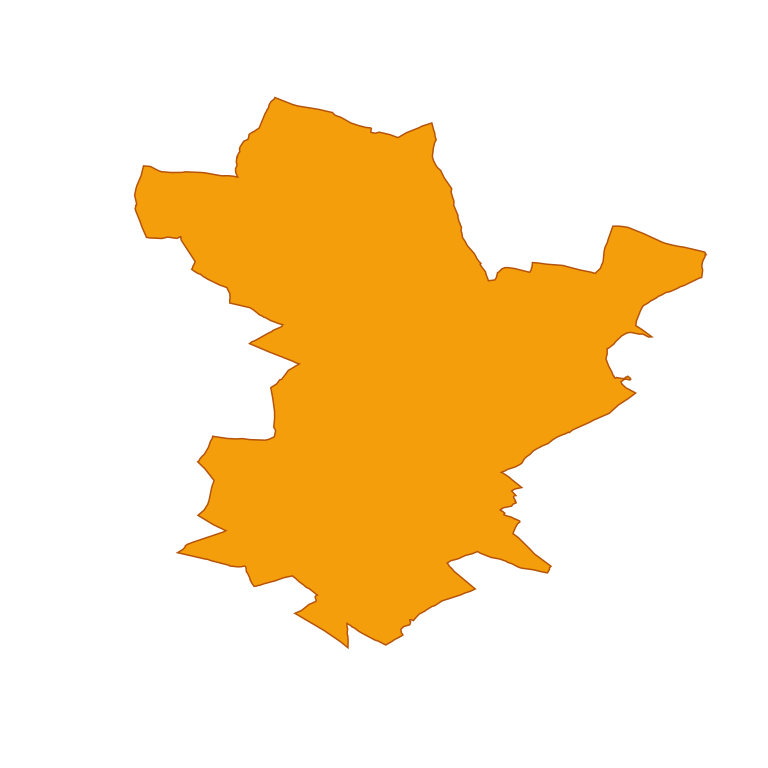 outline of Birkenes nor, Aust-Agder, Norway, rotated 13°
{"feature_id": "86288312B11283211528178", "entity_name": "Birkenes nor", "entity_type": "district", "adm_level": 2, "iso_a3": "NOR", "parent_name": "Norway", "parent_adm1": "Aust-Agder", "projection": "equal_earth", "projection_center": [8.204, 58.44], "detail": "fine", "context": "isolated", "style": "filled", "palette": "amber", "viewbox_px": 768, "rotation_deg": 13, "n_neighbors": 0, "source": "geoboundaries", "source_scale": "gbopen_adm2", "svg_char_len": 6167}
<svg xmlns="http://www.w3.org/2000/svg" viewBox="0 0 768 768"><g transform="rotate(13 384 384)"><path d="M408.2,649.1L406.9,642.8L405.5,637.8L404.5,636.1L403.9,633.6L403.7,630.9L402.5,628.8L401.8,625.6L406.7,627.2L407.3,627.8L410.1,628.4L415.2,630.7L418.9,631.8L432.6,635.5L436.1,635.8L444.4,637.9L449.8,632.9L451.4,631.0L456.3,626.9L456.5,626.4L457.7,625.7L458.9,624.3L457.4,622.8L456.9,622.6L455.6,619.2L457.9,615.8L463.3,612.8L463.5,610.2L463.3,609.6L462.5,609.1L462.2,607.9L463.7,607.6L465.9,607.9L467.5,604.6L470.0,600.3L474.9,596.1L476.2,594.5L480.8,590.0L483.3,588.6L489.4,582.2L506.4,572.1L509.3,569.8L514.8,566.5L519.0,563.2L494.3,550.7L491.5,548.5L488.8,547.0L487.1,545.2L485.8,544.3L488.8,541.2L495.6,537.6L502.1,532.6L507.9,529.7L512.8,526.2L516.0,527.2L527.4,528.9L536.0,528.5L542.7,529.2L544.5,529.9L549.4,530.4L555.6,532.1L559.1,532.5L571.5,531.4L579.6,531.5L585.7,531.3L586.9,527.7L586.6,526.0L587.7,524.0L568.7,515.7L563.8,512.3L549.3,503.4L543.5,500.9L543.4,499.7L544.3,494.4L545.6,490.1L547.4,487.9L547.0,487.0L542.5,486.0L541.6,486.2L540.1,485.5L537.1,485.0L533.3,484.9L530.2,484.4L530.7,482.7L530.4,482.4L529.6,482.3L528.6,481.5L526.1,481.0L525.5,480.6L525.5,480.3L526.8,479.4L526.7,478.9L528.9,477.4L535.8,474.3L536.7,472.0L539.4,470.3L539.3,469.4L538.0,468.8L538.2,468.0L535.8,465.4L535.6,464.8L536.3,463.3L537.6,463.0L532.4,459.5L534.9,457.0L541.5,453.9L529.4,448.1L527.2,446.8L520.0,444.1L518.2,443.7L519.7,442.5L522.0,441.1L522.7,440.1L524.1,439.1L530.8,435.1L534.3,432.1L536.1,430.1L537.6,425.4L538.7,423.5L542.4,419.3L544.2,415.9L548.0,412.2L550.4,410.4L551.2,409.4L557.4,405.0L561.0,400.3L564.7,396.7L570.2,392.7L571.7,391.9L574.5,389.5L575.4,389.7L578.1,386.3L593.4,374.7L596.0,372.3L610.0,361.9L617.2,351.6L625.3,343.2L631.2,336.2L620.3,333.2L615.8,330.5L614.5,328.7L616.6,325.8L618.7,324.8L622.3,324.8L622.8,324.6L623.3,324.0L623.2,323.5L622.7,323.0L619.8,321.6L619.3,322.4L618.0,322.9L617.0,324.6L614.7,325.1L608.9,325.4L608.3,326.3L606.9,325.9L606.5,324.8L605.4,324.1L602.9,320.6L598.6,315.6L594.6,309.5L594.6,305.7L594.8,305.1L593.5,299.4L594.8,298.5L598.9,293.5L600.1,290.8L604.8,283.6L609.1,279.7L612.7,278.2L621.3,278.0L625.0,277.1L631.2,278.7L634.3,277.8L623.1,272.9L616.2,270.5L615.8,265.5L617.6,253.8L618.9,249.5L623.9,244.8L624.5,243.7L630.0,238.9L631.8,236.6L633.3,235.8L638.4,231.2L641.3,230.0L642.8,229.0L649.5,223.9L650.3,222.9L654.1,220.6L667.5,209.8L669.6,208.7L668.9,201.4L667.1,197.5L666.9,193.3L667.4,190.3L667.9,189.0L668.1,187.2L667.8,185.8L668.8,185.5L666.9,183.4L666.0,183.3L645.4,183.2L641.2,183.6L634.3,183.8L626.9,183.7L622.8,183.2L603.8,179.2L586.4,176.5L578.2,177.2L571.5,178.7L569.8,193.5L569.9,195.1L568.6,201.3L568.6,204.9L570.0,215.6L569.5,217.8L568.8,222.6L564.9,228.7L560.1,228.5L549.2,228.8L531.3,228.3L515.3,230.7L507.0,231.4L501.3,232.3L501.9,236.2L501.6,238.3L501.7,240.1L500.7,242.4L485.4,242.1L478.5,242.7L475.5,243.5L472.9,245.4L470.6,249.1L469.6,250.0L469.5,255.2L468.5,257.7L462.5,259.9L460.9,257.2L459.4,255.3L457.6,251.8L453.0,248.1L450.7,245.7L451.3,244.7L448.8,243.1L446.1,240.7L445.1,239.3L442.5,236.5L434.0,230.4L430.8,226.6L427.7,223.8L425.7,219.0L424.5,217.5L424.6,216.7L424.2,213.8L422.6,211.9L421.9,210.4L420.2,208.5L419.8,207.1L418.6,205.3L418.2,203.2L411.7,194.1L411.2,190.9L410.3,188.7L409.6,188.0L406.2,181.9L406.0,178.4L396.1,169.4L391.2,163.2L387.5,161.2L384.6,158.4L382.0,155.2L380.0,151.7L379.5,147.4L379.0,142.6L379.1,137.4L379.5,135.3L380.0,134.4L378.1,131.3L377.0,128.0L375.4,125.7L371.9,118.9L363.7,123.8L361.8,125.1L361.2,125.9L349.5,134.0L342.2,140.8L333.8,139.7L322.7,139.7L319.2,141.6L314.9,141.8L314.4,141.4L314.2,137.9L313.3,137.5L308.5,138.1L301.1,137.9L293.0,137.1L281.8,133.8L275.8,133.2L272.8,131.1L258.8,131.1L237.2,132.5L231.7,132.2L213.3,129.4L212.9,131.1L210.4,134.2L209.3,137.7L209.3,140.7L209.0,141.8L208.4,142.9L208.2,144.7L207.3,147.3L204.8,162.6L200.4,167.3L199.3,168.1L196.4,171.1L196.6,174.9L196.3,176.3L192.8,179.0L190.5,185.1L190.3,187.5L191.2,190.1L190.4,192.0L189.6,195.6L190.1,195.9L189.7,196.4L190.0,200.1L190.2,201.1L190.9,202.0L191.6,204.5L190.9,207.6L191.9,211.2L194.9,215.3L190.9,215.4L185.3,216.1L179.3,217.6L177.3,217.8L162.2,218.5L159.1,218.9L143.0,221.9L139.5,223.3L129.1,225.8L119.4,227.2L116.2,226.9L107.5,224.6L100.6,225.6L100.5,235.5L98.5,246.8L98.4,250.7L98.6,256.3L102.4,264.0L102.3,264.5L102.5,265.6L101.9,265.9L102.2,266.6L102.1,269.2L103.2,271.2L108.5,278.7L113.3,286.1L119.6,294.5L122.6,294.4L134.8,292.2L140.2,289.5L149.6,288.7L152.4,286.2L152.9,286.2L153.2,286.5L153.2,287.5L154.2,289.6L172.5,307.2L171.9,310.5L171.3,312.5L171.2,314.7L170.8,315.5L174.0,316.9L179.0,318.4L180.1,318.1L182.8,319.6L188.6,321.5L201.0,324.4L209.2,325.4L213.7,331.0L213.9,332.4L214.7,334.5L214.7,336.7L215.6,339.8L236.3,339.8L240.2,341.2L247.3,344.7L250.2,345.2L251.8,345.9L253.6,346.0L259.0,347.6L267.6,348.8L271.9,349.0L271.5,349.4L271.6,350.7L271.2,351.3L264.4,356.3L263.3,357.3L262.8,358.2L259.8,360.5L249.6,369.8L247.5,371.6L246.3,372.1L243.9,374.9L264.3,378.5L290.5,382.4L292.6,383.0L296.9,383.5L287.6,392.4L287.0,394.1L283.1,402.7L281.5,403.3L279.4,408.1L274.5,413.0L279.1,423.6L283.5,435.3L285.1,441.8L286.3,450.9L288.4,453.1L288.9,454.2L289.0,459.9L288.5,460.5L284.6,463.6L281.1,465.4L265.7,468.4L258.5,469.0L252.2,470.8L243.7,472.3L228.8,473.5L229.0,475.3L227.8,478.9L227.2,485.1L224.7,493.1L223.2,495.1L221.6,498.1L220.9,500.7L220.0,501.7L228.7,507.0L240.0,516.1L240.1,517.6L239.5,521.4L239.4,524.4L239.7,536.9L239.3,540.9L237.1,547.3L232.3,553.8L249.5,559.5L262.9,562.5L260.8,564.3L233.3,581.2L228.6,584.4L226.8,586.3L226.9,587.6L225.7,589.7L224.5,591.2L220.8,594.8L249.4,594.8L251.4,594.5L254.9,595.0L273.8,595.5L274.1,595.9L275.0,596.0L283.0,595.0L286.2,594.1L289.0,592.8L289.9,593.0L290.6,593.5L292.2,598.0L293.4,598.8L296.6,602.9L297.5,604.3L297.5,604.9L299.2,606.6L299.3,607.1L302.8,610.3L304.7,609.9L306.1,608.9L308.3,608.0L312.1,605.6L322.5,600.1L329.7,595.4L337.9,591.6L342.2,593.6L345.7,595.7L350.3,597.6L353.8,599.5L357.3,600.3L366.6,604.7L365.0,606.0L364.8,607.1L366.6,609.9L366.7,611.0L360.4,615.8L354.6,623.2L348.8,627.5L380.9,637.6L399.6,644.9L408.2,649.1Z" fill="#f59e0b" stroke="#b45309" stroke-width="1.5"/></g></svg>